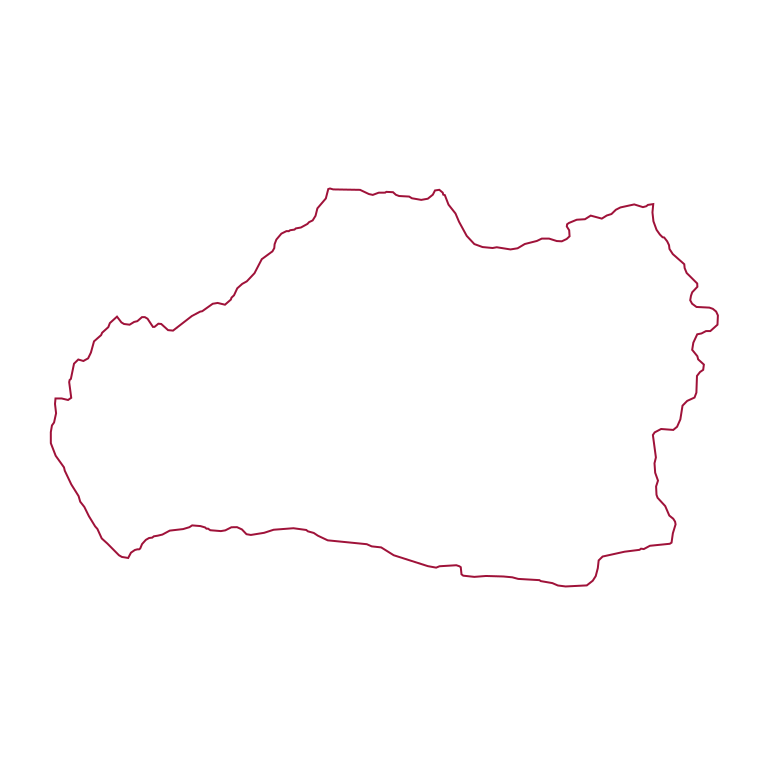 the district of San Pedro Pinula, Jalapa, Guatemala, rotated 272°
{"feature_id": "79465075B26197491104474", "entity_name": "San Pedro Pinula", "entity_type": "district", "adm_level": 2, "iso_a3": "GTM", "parent_name": "Guatemala", "parent_adm1": "Jalapa", "projection": "orthographic", "projection_center": [-89.845, 14.713], "detail": "fine", "context": "isolated", "style": "outline", "palette": "rose", "viewbox_px": 768, "rotation_deg": 272, "n_neighbors": 0, "source": "geoboundaries", "source_scale": "gbopen_adm2", "svg_char_len": 3425}
<svg xmlns="http://www.w3.org/2000/svg" viewBox="0 0 768 768"><g transform="rotate(272 384 384)"><path d="M358.1,56.2L352.6,55.9L343.3,57.3L334.0,55.6L331.0,53.6L324.3,52.7L313.2,53.1L300.8,58.4L289.5,67.1L286.2,68.0L272.7,75.0L261.3,82.7L255.8,84.5L250.7,88.8L241.6,93.7L231.6,100.3L229.2,102.6L219.8,107.3L214.9,113.1L203.6,125.1L202.0,128.1L201.2,134.4L206.6,137.0L209.4,140.8L210.2,143.4L210.2,145.0L211.1,146.1L215.6,147.8L219.9,151.4L221.9,154.6L222.4,157.8L223.7,159.2L224.1,161.1L224.5,163.1L225.8,167.8L230.0,175.0L232.0,188.3L234.1,194.5L236.0,197.2L235.6,205.5L234.4,210.2L233.2,211.6L233.3,213.2L231.8,215.5L231.3,226.1L232.2,230.5L235.5,236.5L235.8,242.1L233.7,247.1L229.1,251.8L228.5,256.2L231.1,269.4L234.5,278.8L236.7,298.5L235.4,311.4L234.1,313.1L232.7,319.0L230.1,323.2L225.8,333.2L223.3,372.4L221.3,377.4L220.6,386.9L213.2,399.7L203.5,434.2L202.3,442.5L203.8,445.9L205.4,462.6L204.5,465.7L203.6,467.1L196.5,468.1L195.2,469.9L194.4,481.0L195.7,492.6L195.8,509.9L195.3,518.9L193.9,524.9L193.4,546.2L192.5,547.5L190.9,559.2L188.7,564.8L188.0,572.6L189.8,593.7L194.7,599.5L199.4,602.3L207.4,604.1L215.2,604.7L219.2,608.5L224.8,630.3L227.2,645.2L228.4,646.6L228.1,649.4L231.6,655.4L234.3,675.2L235.5,676.9L244.9,677.9L253.9,680.3L256.6,679.7L259.4,677.8L262.5,673.7L271.8,669.3L279.8,661.4L282.8,660.2L291.1,659.5L297.0,661.2L304.8,658.1L314.2,657.1L320.1,658.3L342.4,654.5L345.1,656.2L348.7,662.5L348.2,674.7L351.5,678.4L359.0,681.4L372.8,683.1L377.7,687.6L381.3,694.8L386.3,696.5L403.0,696.5L407.0,699.4L409.3,702.5L414.6,703.0L419.6,697.1L422.7,696.2L428.9,690.8L436.1,691.7L444.6,695.3L445.6,699.5L448.1,703.9L448.3,708.3L454.9,715.2L464.2,715.3L468.0,713.4L470.6,710.0L471.7,706.5L471.9,693.6L475.0,689.1L478.4,687.1L482.8,687.7L486.4,688.8L492.1,693.8L495.4,693.5L505.5,682.6L510.4,680.4L514.2,679.9L523.9,668.1L528.9,664.6L532.7,664.0L536.5,662.0L540.2,658.9L540.4,657.3L543.0,654.5L547.6,651.0L556.0,647.6L564.8,646.3L573.2,646.8L572.2,641.5L570.8,639.9L569.8,636.6L572.2,627.8L568.7,614.1L566.2,609.6L561.8,605.4L560.2,600.8L556.9,595.9L559.5,584.7L555.7,579.1L554.9,570.9L551.4,563.2L550.0,561.4L547.8,561.2L544.1,563.7L538.1,564.3L535.3,561.5L532.8,556.7L532.9,551.7L535.1,543.8L534.8,536.6L532.3,531.8L528.8,519.8L524.3,512.8L522.9,505.7L524.6,491.9L523.7,487.8L524.3,477.7L527.0,469.4L534.9,461.5L548.8,453.3L556.9,449.5L565.5,442.2L574.9,438.2L575.3,436.6L577.3,436.0L580.0,432.5L579.2,428.2L574.9,426.2L570.7,421.3L569.3,414.8L570.6,405.4L572.2,402.6L572.4,392.5L573.5,389.3L576.0,386.3L576.1,379.6L575.3,378.5L575.0,372.0L572.6,366.2L573.3,362.3L577.2,353.3L576.7,326.4L577.5,323.2L576.9,321.5L567.4,319.4L557.2,311.3L549.7,309.7L545.0,307.0L543.1,303.4L541.3,301.9L537.5,295.5L536.4,290.4L535.2,289.2L534.4,284.8L533.4,283.5L533.4,281.2L530.7,276.2L524.6,271.4L519.9,269.8L516.0,269.6L512.7,267.9L504.5,257.5L490.2,250.7L481.8,243.3L479.1,238.8L474.5,234.0L467.4,231.0L465.0,228.6L463.0,228.0L457.7,222.3L459.2,214.9L458.2,210.0L450.4,199.8L449.9,197.7L445.3,189.7L430.0,171.3L430.3,166.3L436.2,159.3L436.4,156.4L433.1,152.7L433.0,151.1L441.0,145.4L442.5,142.6L442.4,139.8L438.2,135.3L437.3,132.1L434.4,127.7L434.9,122.1L436.4,119.4L442.0,114.8L435.3,107.9L431.2,106.5L425.4,100.5L423.0,99.6L416.5,92.7L405.2,90.0L399.3,87.4L396.5,82.7L397.8,77.6L393.5,73.5L378.2,70.9L377.1,69.7L374.9,69.3L359.3,71.9L357.0,68.8L358.3,62.3L358.1,56.2Z" fill="none" stroke="#9f1239" stroke-width="2"/></g></svg>